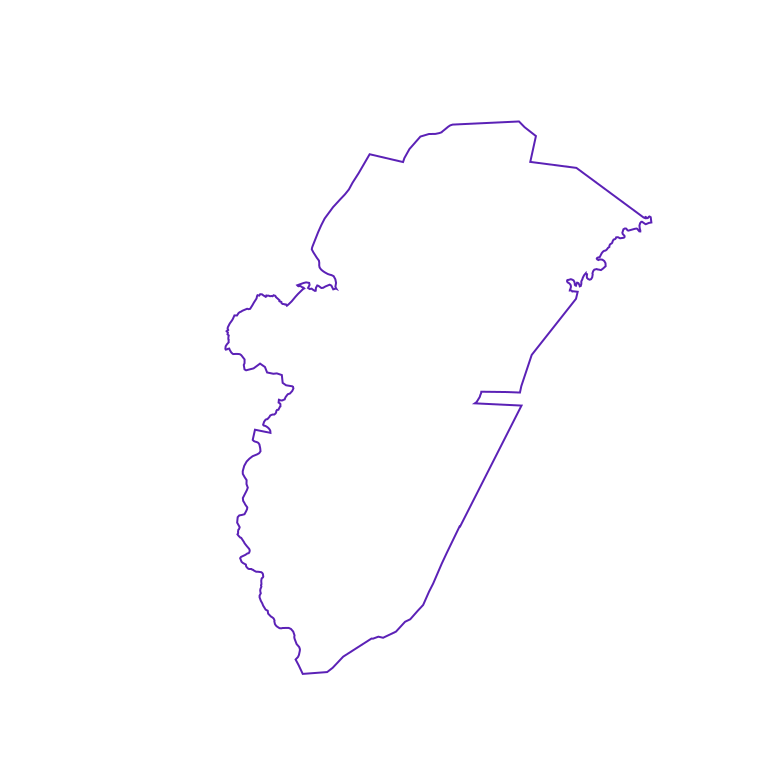 the district of Kota Padang Panjang, Sumatera Barat, Indonesia, rotated 297°
{"feature_id": "22746128B34977061629525", "entity_name": "Kota Padang Panjang", "entity_type": "district", "adm_level": 2, "iso_a3": "IDN", "parent_name": "Indonesia", "parent_adm1": "Sumatera Barat", "projection": "orthographic", "projection_center": [100.402, -0.47], "detail": "fine", "context": "isolated", "style": "outline", "palette": "violet", "viewbox_px": 768, "rotation_deg": 297, "n_neighbors": 0, "source": "geoboundaries", "source_scale": "gbopen_adm2", "svg_char_len": 6151}
<svg xmlns="http://www.w3.org/2000/svg" viewBox="0 0 768 768"><g transform="rotate(297 384 384)"><path d="M182.1,326.6L179.3,331.5L178.8,332.0L177.2,335.5L175.9,338.7L174.9,339.8L174.0,340.2L172.6,340.4L171.8,340.2L171.0,339.2L168.9,338.1L165.0,335.1L163.5,334.9L160.9,337.8L160.5,339.5L160.4,342.9L159.0,343.9L158.4,344.9L157.8,346.8L157.9,347.7L159.0,350.0L158.7,351.0L159.0,351.9L158.7,352.9L158.7,355.3L159.7,357.4L160.6,360.1L160.4,361.3L159.7,362.4L157.5,363.9L156.6,363.9L155.9,363.5L155.1,363.3L153.1,363.9L152.0,364.5L150.0,365.7L149.0,365.7L148.5,366.0L148.1,366.6L146.8,366.9L145.6,366.9L144.1,367.3L142.4,368.4L141.7,369.2L139.0,369.2L137.4,370.0L134.9,372.7L133.3,375.1L131.7,376.9L129.2,381.0L129.2,383.3L126.8,385.0L125.5,388.8L125.4,390.2L125.1,391.8L124.7,392.5L123.6,393.8L122.8,394.0L120.6,395.8L119.7,397.4L119.3,398.8L119.0,401.7L119.6,403.3L120.6,404.5L123.4,409.8L123.5,412.3L122.2,415.5L119.4,418.4L117.8,418.9L116.5,419.9L112.6,424.2L111.1,427.9L109.5,429.5L108.1,430.1L104.0,431.2L101.7,431.3L98.4,430.3L94.7,435.6L88.8,443.2L101.5,464.1L107.8,467.1L122.5,471.4L151.5,488.4L152.1,489.8L156.3,493.7L157.5,498.4L168.8,507.1L181.7,510.7L186.3,514.2L197.2,517.0L204.9,519.2L219.4,518.4L228.5,518.4L250.2,517.0L262.1,516.6L291.5,516.0L291.5,516.5L291.9,516.5L427.2,516.3L408.0,473.7L409.9,474.7L415.9,475.2L418.1,474.8L419.8,474.7L421.3,474.2L432.7,497.3L438.1,509.0L444.5,507.3L477.0,502.4L547.1,516.4L554.1,514.7L552.6,510.7L551.9,509.8L552.3,509.0L552.2,507.8L551.7,507.1L552.2,506.9L553.3,506.9L555.0,506.6L556.1,506.1L557.2,505.0L557.8,503.4L557.9,501.6L558.2,501.0L558.6,500.5L559.3,500.2L559.8,500.2L560.2,500.6L560.2,500.8L562.2,502.9L562.4,504.2L562.4,505.8L561.4,507.3L560.2,508.3L559.0,509.0L558.7,509.7L558.7,510.4L561.9,510.0L562.1,510.5L562.1,511.5L560.8,513.3L559.9,514.1L560.6,514.8L562.7,514.4L565.1,513.2L567.3,513.2L568.9,512.9L571.7,512.9L574.3,513.5L574.0,513.7L574.0,515.1L572.0,515.8L570.7,516.7L570.2,518.3L570.3,519.9L571.4,520.9L573.5,521.1L576.4,520.2L577.2,519.5L579.1,519.2L580.2,519.2L581.4,519.5L583.0,521.4L583.0,522.2L583.6,523.9L583.8,524.9L584.0,525.6L586.2,526.7L589.6,528.0L592.2,526.5L593.6,524.4L593.9,522.1L593.2,520.2L592.4,519.2L591.8,518.8L591.8,517.5L592.2,516.7L593.2,516.7L594.0,517.4L595.0,518.6L599.4,518.6L601.3,519.0L602.5,519.6L603.5,520.8L604.7,521.4L607.0,521.8L608.4,522.6L609.5,522.1L610.5,522.0L611.5,522.2L612.6,523.0L613.5,523.2L615.1,522.9L616.9,523.0L618.0,524.1L618.9,524.4L620.1,524.3L621.0,525.8L621.0,528.2L623.2,531.3L624.3,531.6L625.2,531.0L626.0,528.7L627.0,527.7L630.6,527.1L632.0,528.1L632.4,529.3L631.5,531.2L631.6,532.1L636.2,537.1L637.2,538.5L637.2,539.2L635.9,542.2L636.3,543.1L637.0,542.8L638.8,541.2L641.1,539.7L643.5,539.2L645.3,539.6L645.7,540.3L645.2,543.8L645.2,544.7L647.8,546.9L649.3,548.9L653.7,545.9L653.7,544.8L653.8,544.6L653.2,544.0L652.0,543.9L651.1,543.1L650.9,542.6L651.4,542.4L651.6,541.7L651.6,541.2L650.8,540.8L650.3,541.0L650.2,539.7L663.9,457.3L648.3,413.5L673.9,406.8L676.6,392.8L679.2,385.1L646.3,327.4L644.5,325.6L642.4,324.4L634.9,321.1L634.5,321.1L632.7,319.4L630.2,316.3L627.1,310.5L621.0,304.1L604.9,300.0L594.5,299.6L590.4,300.2L582.2,266.9L560.4,265.7L549.2,264.6L541.4,264.4L535.2,263.1L528.8,261.2L518.4,258.3L504.5,256.0L497.0,256.0L489.3,256.4L474.4,257.8L472.9,258.0L471.2,258.5L469.3,261.2L466.0,266.8L464.4,270.0L462.6,271.3L460.3,272.4L458.6,273.7L457.5,275.8L457.1,277.3L456.8,278.9L456.6,280.8L456.5,284.0L456.8,286.1L457.2,287.8L457.2,290.2L455.2,293.1L452.3,295.4L448.7,296.5L447.6,297.7L447.3,298.2L447.3,297.9L445.3,295.8L447.8,292.4L447.8,290.5L444.3,287.5L442.1,286.1L441.1,284.6L441.7,281.1L441.5,279.8L438.8,279.7L436.1,280.8L435.6,280.2L435.8,277.6L436.1,276.2L434.9,274.7L435.1,272.7L438.5,272.7L440.1,271.4L439.2,268.5L437.5,266.5L432.6,261.9L432.3,262.7L432.3,263.5L433.2,264.6L433.3,265.7L433.1,267.1L433.1,267.7L433.3,268.5L432.9,269.5L432.3,269.0L430.8,268.4L425.2,266.5L421.5,265.5L415.7,264.2L412.5,263.1L410.7,262.4L409.7,261.9L410.4,260.8L410.3,260.2L409.9,259.9L409.8,258.6L409.3,257.4L409.4,256.5L409.6,255.9L410.5,255.3L410.5,254.6L410.2,253.5L410.4,253.0L411.2,252.8L412.4,248.2L412.9,247.7L413.2,246.8L412.9,245.3L412.2,245.2L411.5,244.7L411.5,244.1L410.5,242.6L410.3,240.9L409.9,240.3L409.5,239.1L408.5,239.4L407.9,238.9L408.2,237.7L408.1,236.7L408.5,234.6L407.8,232.9L406.1,232.7L405.7,231.0L404.5,231.0L402.4,231.6L397.5,231.1L394.7,231.0L390.2,230.6L389.2,229.4L388.9,227.9L384.9,224.5L383.9,224.0L382.4,222.8L381.2,222.2L378.3,221.9L377.2,219.6L373.5,219.8L371.7,219.7L367.9,219.1L363.6,219.1L362.1,219.6L361.8,220.3L361.3,220.7L359.6,219.8L358.9,221.6L357.2,222.0L356.8,223.6L355.3,224.0L353.3,224.9L352.9,225.6L351.9,225.9L350.6,226.7L348.0,226.0L345.7,225.8L343.3,226.7L342.8,227.4L343.6,228.4L344.4,228.9L345.3,230.0L344.4,231.0L342.8,233.5L342.3,235.1L342.2,236.0L343.9,239.0L344.9,241.3L345.1,242.2L344.9,243.7L343.4,246.9L342.6,248.6L339.2,250.3L337.3,250.4L334.1,252.8L333.7,253.1L333.6,254.9L338.7,260.7L345.9,264.3L345.1,270.2L341.2,274.6L342.9,280.8L344.8,283.7L345.6,288.9L339.0,293.2L338.4,297.3L340.3,303.3L340.2,304.2L338.9,305.3L336.1,305.4L332.8,304.5L331.2,302.9L327.9,302.3L326.6,302.3L325.2,302.5L323.9,301.3L323.4,301.1L322.6,299.8L322.4,298.9L322.4,297.8L322.3,297.5L319.6,298.5L319.5,299.8L319.1,300.8L317.0,301.9L316.5,301.6L313.1,301.6L312.4,300.5L311.2,300.3L309.6,300.8L308.4,300.7L307.0,300.1L306.2,298.6L305.3,297.7L304.2,296.9L302.9,296.9L299.8,296.1L299.7,295.8L298.5,294.7L296.0,294.3L292.8,294.8L292.4,295.7L292.8,297.5L292.6,299.8L292.1,301.6L291.4,303.0L290.6,304.0L288.9,305.0L284.7,289.8L274.6,292.4L274.1,293.8L274.1,295.2L274.5,296.9L274.5,298.7L273.6,300.4L270.5,302.9L268.0,304.5L265.7,304.2L263.7,302.9L260.0,299.7L256.4,298.0L252.6,296.8L247.7,296.6L242.2,297.7L239.8,299.0L237.6,302.3L236.0,305.2L232.4,306.9L229.8,309.7L227.2,310.0L218.3,310.0L215.9,311.6L214.5,313.9L213.7,314.9L212.0,318.2L210.3,318.8L207.9,318.9L204.6,318.8L202.8,316.8L201.2,314.7L198.9,314.1L193.8,316.1L190.9,320.4L189.0,320.7L188.0,320.4L186.1,321.0L185.0,321.7L183.5,321.7L182.6,323.6L181.9,325.7L182.1,326.6Z" fill="none" stroke="#5b21b6" stroke-width="2"/></g></svg>